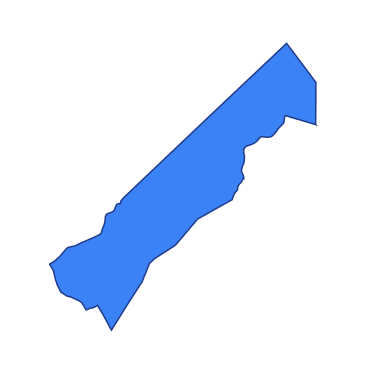 Abu Hamad, River Nile, Sudan (orthographic projection), rotated 53°
{"feature_id": "16777658B63373210852762", "entity_name": "Abu Hamad", "entity_type": "district", "adm_level": 2, "iso_a3": "SDN", "parent_name": "Sudan", "parent_adm1": "River Nile", "projection": "orthographic", "projection_center": [33.396, 20.198], "detail": "fine", "context": "isolated", "style": "filled", "palette": "blue", "viewbox_px": 384, "rotation_deg": 53, "n_neighbors": 0, "source": "geoboundaries", "source_scale": "gbopen_adm2", "svg_char_len": 2280}
<svg xmlns="http://www.w3.org/2000/svg" viewBox="0 0 384 384"><g transform="rotate(53 192 192)"><path d="M212.8,52.6L212.5,52.6L212.4,52.6L192.9,37.6L192.7,37.4L186.9,33.1L179.1,27.1L178.6,27.1L177.4,27.1L175.4,27.1L158.3,27.0L130.2,27.0L130.4,28.7L140.6,120.4L143.2,143.3L155.2,248.2L156.2,253.8L158.2,256.7L157.2,257.5L156.5,259.6L160.0,265.6L159.9,267.9L158.3,273.4L159.4,275.9L162.1,278.2L164.9,281.4L168.6,287.3L170.5,289.7L170.1,292.5L170.1,293.4L169.1,298.0L166.1,310.4L165.8,311.9L164.7,317.6L161.6,324.6L161.8,326.8L162.9,332.2L163.9,336.5L164.5,343.4L164.1,347.3L163.9,349.1L164.4,349.3L169.3,349.6L172.5,350.5L179.2,353.5L185.4,355.6L193.1,357.0L200.0,354.4L202.7,352.1L210.6,347.8L213.5,346.8L216.8,346.8L222.4,347.5L222.8,346.4L223.0,345.9L223.2,345.0L223.2,344.5L224.1,342.2L224.7,341.2L225.2,339.6L225.5,337.1L225.5,336.2L225.6,335.7L237.0,336.9L237.6,337.0L250.5,339.0L252.0,339.2L253.8,339.4L253.7,339.1L243.9,313.7L241.5,307.3L234.7,288.8L234.6,288.5L233.8,286.2L233.3,285.2L230.0,279.9L229.5,279.0L229.1,278.1L226.6,274.2L224.2,270.1L223.8,269.6L223.5,269.3L223.5,268.8L222.9,263.6L222.7,261.9L223.1,256.5L224.4,238.8L224.4,236.8L219.2,213.7L217.0,203.8L219.0,188.4L222.3,164.5L221.8,163.9L221.4,163.4L219.7,160.9L218.8,158.8L218.4,157.5L218.1,156.1L217.8,155.0L217.3,154.1L216.7,153.4L215.6,152.4L215.1,151.6L214.5,150.6L214.2,149.3L214.0,147.9L213.7,146.6L213.5,146.0L213.1,145.3L212.6,144.5L212.4,143.1L211.7,142.2L211.8,142.2L211.2,141.8L211.0,141.6L210.7,141.5L209.7,141.1L208.6,140.8L206.9,140.5L205.8,140.2L205.7,140.2L204.8,139.6L204.0,139.0L203.8,138.8L202.7,137.4L201.6,135.8L201.1,135.0L200.5,133.8L199.4,132.4L197.7,130.8L196.3,129.6L194.8,128.4L193.2,127.7L191.5,126.9L191.3,126.8L189.4,125.3L188.4,123.3L188.1,121.2L188.4,120.0L188.6,119.6L188.7,119.1L189.3,117.8L190.2,114.1L190.3,113.7L190.5,112.4L190.5,110.4L190.4,109.5L190.0,107.5L189.6,105.7L189.5,104.7L189.5,103.7L189.9,102.8L190.7,102.0L192.3,100.4L193.6,98.8L194.7,97.2L195.4,95.8L195.5,93.8L195.2,91.5L194.7,89.2L194.4,88.0L193.6,85.8L193.3,84.9L193.2,84.4L192.8,81.7L192.4,79.2L192.2,77.7L191.7,76.9L191.2,76.1L189.2,74.3L188.0,72.9L187.2,71.9L187.1,71.5L188.0,70.8L190.0,69.4L196.6,64.5L211.7,53.3L211.8,53.3L212.8,52.6Z" fill="#3b82f6" stroke="#1e3a8a" stroke-width="1.5"/></g></svg>